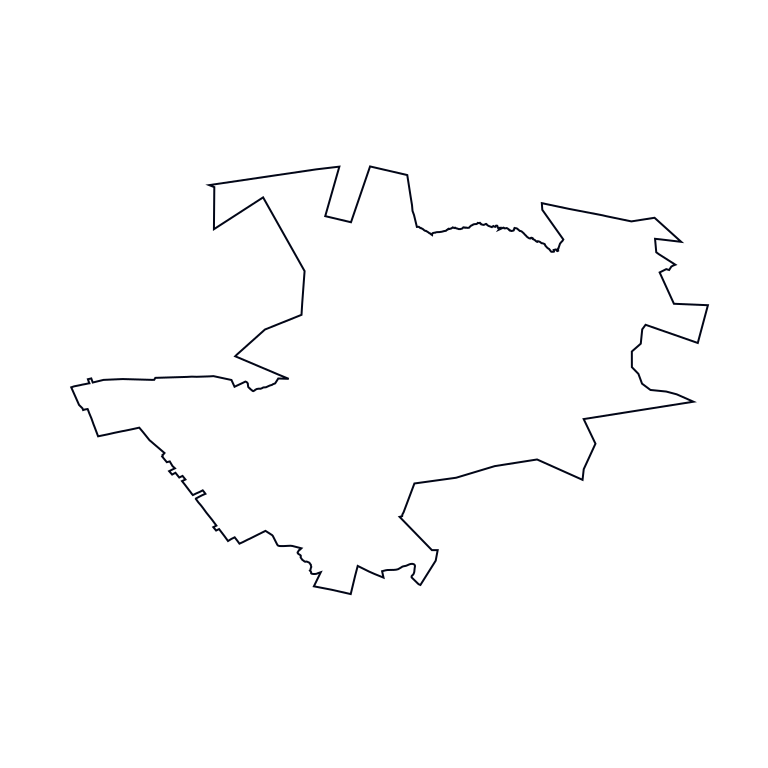 outline of Peñón Blanco, Durango, Mexico, rotated 99°
{"feature_id": "50627088B91446374874512", "entity_name": "Peñón Blanco", "entity_type": "district", "adm_level": 2, "iso_a3": "MEX", "parent_name": "Mexico", "parent_adm1": "Durango", "projection": "equal_earth", "projection_center": [-104.068, 24.769], "detail": "fine", "context": "isolated", "style": "outline", "palette": "ink", "viewbox_px": 768, "rotation_deg": 99, "n_neighbors": 0, "source": "geoboundaries", "source_scale": "gbopen_adm2", "svg_char_len": 6089}
<svg xmlns="http://www.w3.org/2000/svg" viewBox="0 0 768 768"><g transform="rotate(99 384 384)"><path d="M436.9,173.4L409.9,165.8L387.4,181.3L353.1,75.6L348.4,93.3L347.3,104.1L348.2,119.9L343.3,129.2L334.2,134.3L328.6,141.8L313.1,144.3L304.0,136.7L289.6,137.5L284.6,134.9L294.4,80.5L255.5,76.4L259.4,110.2L230.7,129.2L226.4,123.2L226.8,120.2L223.1,118.6L221.9,117.1L220.6,114.9L212.8,132.8L211.3,135.7L198.2,139.0L197.9,133.2L197.1,112.7L177.5,142.8L184.7,165.1L183.5,190.5L183.2,194.5L182.1,228.6L180.7,256.4L187.2,254.9L213.2,229.5L214.9,230.2L215.8,230.9L217.8,232.1L221.9,232.8L222.3,233.0L222.8,232.9L223.5,233.5L223.8,233.2L224.3,233.0L225.1,232.8L225.6,233.5L225.5,233.9L225.2,234.1L224.7,234.9L224.4,235.3L224.3,235.5L225.1,237.4L226.4,236.9L226.6,236.8L226.8,237.0L227.2,239.1L227.1,239.7L224.8,242.1L224.6,242.8L223.5,244.7L222.9,245.2L222.4,246.0L221.7,246.6L221.2,246.8L220.7,247.2L220.5,247.9L220.3,248.8L220.2,249.5L220.2,249.8L220.3,250.3L219.9,251.1L219.5,251.7L219.2,252.4L219.0,253.3L218.9,254.4L219.0,254.7L219.6,254.8L219.6,255.2L219.1,256.3L218.2,257.6L218.1,257.9L217.8,258.8L217.6,259.6L217.5,259.9L217.4,260.0L216.9,259.8L216.7,260.0L216.5,260.9L216.5,261.4L216.7,261.8L217.4,262.3L217.4,262.7L217.3,263.6L216.8,264.7L216.0,266.2L215.8,266.4L215.5,266.6L214.3,268.4L213.4,269.4L211.8,271.9L211.6,272.7L211.5,273.3L211.6,273.8L209.7,276.8L209.5,277.7L209.6,278.2L209.4,279.4L209.6,279.6L212.0,279.9L212.2,280.1L212.3,280.6L212.8,281.5L213.0,282.3L212.6,283.0L212.8,283.6L212.2,284.2L212.3,284.5L212.1,284.7L211.7,285.1L211.0,286.5L210.9,286.9L210.8,287.2L210.9,287.4L211.4,289.0L211.4,289.6L211.0,289.9L210.9,290.6L213.7,294.8L211.6,293.8L212.0,295.8L211.2,296.3L210.0,296.9L210.0,297.8L210.1,298.1L210.2,298.3L210.5,298.5L210.8,298.7L211.3,298.7L211.3,299.9L211.2,300.3L210.9,300.7L211.6,301.6L212.2,302.0L212.1,302.5L211.9,303.4L211.5,305.5L210.9,306.8L210.5,307.3L210.1,307.7L209.9,308.1L210.0,308.5L210.9,309.7L211.3,310.7L211.2,311.8L211.1,313.0L210.6,313.3L210.6,313.8L210.1,314.1L209.8,314.4L209.9,314.8L210.3,315.7L210.2,316.6L211.3,317.3L211.6,317.9L211.9,319.4L212.3,320.5L212.6,321.0L213.2,321.4L213.7,322.5L214.1,322.8L215.1,323.7L216.2,324.3L216.4,324.7L216.7,325.9L216.8,326.7L216.6,327.6L217.0,328.1L217.0,328.8L216.7,329.6L217.0,330.3L218.1,330.9L218.6,331.9L219.1,333.0L219.3,334.6L219.0,335.8L219.0,336.4L218.9,337.2L218.5,338.1L218.9,338.7L218.7,339.3L218.7,339.5L218.9,340.0L218.6,340.6L219.3,341.3L220.0,342.1L220.2,342.8L220.6,343.3L220.7,343.7L220.5,344.3L220.9,344.6L220.9,344.9L221.2,345.2L221.6,345.3L221.8,345.6L222.0,346.1L223.0,346.8L223.8,349.2L224.1,349.6L224.2,350.0L224.6,350.8L224.9,351.9L225.2,352.7L225.7,355.2L226.0,356.3L226.5,357.0L226.7,358.0L227.0,358.6L227.1,359.0L227.5,359.6L227.9,359.9L229.3,359.8L228.6,361.4L227.9,362.3L227.9,362.9L227.3,363.9L226.8,365.1L226.2,366.5L226.3,366.9L226.1,367.8L225.6,368.8L225.0,369.6L224.8,370.3L224.5,370.9L224.4,371.5L224.1,372.0L224.3,372.5L223.7,373.5L223.3,374.2L223.7,376.1L212.4,380.8L208.6,382.9L203.0,384.3L194.8,387.0L174.0,393.7L171.3,431.8L229.4,441.9L227.4,468.3L176.3,462.1L182.6,484.5L214.9,587.8L216.1,582.4L257.7,576.2L218.6,532.6L284.9,480.1L317.2,477.4L328.6,476.3L348.8,510.1L378.1,534.0L379.9,535.3L391.3,489.4L393.8,478.9L395.1,489.3L400.4,491.6L401.7,493.8L402.4,494.5L403.4,496.6L405.7,500.1L406.3,502.7L407.2,503.8L408.0,505.2L408.2,506.9L408.8,508.8L409.9,510.3L410.4,510.6L411.0,511.3L411.5,512.1L411.3,512.9L410.7,513.7L410.0,515.2L409.6,515.4L409.1,516.4L408.2,517.6L407.1,518.0L405.6,518.4L404.8,518.6L403.9,519.5L403.5,520.3L403.3,521.3L404.8,523.4L410.1,531.2L403.9,535.3L402.9,553.7L403.8,557.7L406.2,570.2L406.8,575.0L407.8,579.6L413.7,610.8L415.8,611.6L416.2,613.7L420.0,642.9L423.8,661.6L428.1,671.9L424.3,674.0L424.7,675.0L425.6,677.2L427.5,676.2L429.4,675.1L429.8,676.4L430.7,678.7L431.9,682.1L432.5,683.5L434.8,689.7L436.2,692.4L452.4,681.9L455.2,678.0L456.8,677.1L456.0,675.5L455.1,672.8L455.7,672.4L458.9,670.6L463.9,667.5L469.6,664.4L471.1,663.5L480.4,658.2L476.9,648.9L474.3,642.4L471.4,634.7L470.9,633.2L468.3,626.3L465.4,618.9L469.2,614.5L476.3,606.7L477.2,605.1L479.4,601.6L486.5,590.0L487.5,590.6L488.8,591.7L489.4,591.3L489.7,591.3L490.3,591.8L495.2,586.3L494.0,583.5L498.1,580.1L500.0,577.3L501.2,579.1L503.7,582.6L506.6,579.1L504.3,576.1L508.4,571.6L506.3,568.6L509.4,565.2L511.5,568.3L514.5,565.0L519.5,559.8L520.5,558.7L522.6,556.6L523.6,555.4L521.5,552.4L519.4,549.1L517.4,546.4L518.9,544.7L520.4,543.2L522.3,546.2L524.5,549.2L526.6,551.9L526.9,551.9L530.0,548.8L532.6,545.7L534.8,543.4L538.8,539.4L544.8,532.8L550.1,527.4L552.1,530.2L555.0,526.9L553.1,524.2L559.1,517.9L563.5,513.5L560.9,510.5L558.8,507.5L561.8,504.3L564.3,501.8L562.2,498.6L559.0,494.2L557.9,492.5L552.6,485.1L547.6,478.1L550.8,470.8L551.5,470.0L559.4,464.3L560.1,463.5L560.4,462.0L559.7,457.4L558.4,451.2L558.3,449.2L559.2,439.9L560.8,441.1L561.1,441.7L562.4,442.4L563.1,442.6L563.8,443.0L564.6,442.7L565.2,442.0L565.6,441.0L566.0,440.1L566.4,439.5L566.9,439.2L567.6,439.3L568.4,439.2L570.6,437.0L571.0,435.9L571.5,435.2L571.9,434.1L571.5,432.9L571.6,431.9L572.2,429.7L573.1,429.0L573.4,428.6L573.9,428.0L574.9,427.8L575.5,427.4L576.1,427.2L577.4,427.5L579.3,427.6L579.9,428.0L580.6,427.0L581.2,426.6L582.4,426.3L582.7,425.5L582.7,424.2L582.6,423.3L582.2,421.5L581.8,420.6L581.2,419.7L579.8,417.0L594.8,421.6L595.4,403.7L596.7,384.0L577.8,382.5L567.8,381.5L571.6,369.4L573.1,363.7L575.3,354.2L569.2,356.6L567.7,353.1L567.2,351.5L566.3,346.7L566.2,345.8L565.5,343.0L564.7,341.1L562.7,338.6L561.6,337.4L561.2,336.7L560.8,335.7L560.2,334.0L559.7,333.1L558.4,331.1L557.7,329.8L557.4,328.8L557.2,327.7L557.3,326.7L557.4,326.2L557.7,325.7L558.0,325.4L558.9,324.9L559.3,324.9L561.4,324.9L564.8,324.7L565.6,324.8L566.7,325.0L567.5,325.3L568.0,325.6L568.8,326.3L569.4,326.6L570.2,326.6L570.6,326.5L570.9,326.2L576.0,319.0L576.3,318.5L576.5,317.9L576.8,316.6L550.4,305.3L539.7,305.0L540.6,310.7L512.8,347.8L511.7,345.4L509.9,345.4L507.7,344.6L477.5,338.4L465.3,298.1L447.8,261.8L434.6,221.0L447.6,172.9L436.9,173.4Z" fill="none" stroke="#020617" stroke-width="2"/></g></svg>